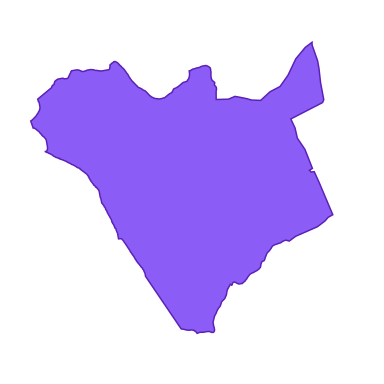 Belen, Heredia, Costa Rica (Robinson projection), rotated 170°
{"feature_id": "36466004B97828735780055", "entity_name": "Belen", "entity_type": "district", "adm_level": 2, "iso_a3": "CRI", "parent_name": "Costa Rica", "parent_adm1": "Heredia", "projection": "robinson", "projection_center": [-84.175, 9.985], "detail": "fine", "context": "isolated", "style": "filled", "palette": "violet", "viewbox_px": 384, "rotation_deg": 170, "n_neighbors": 0, "source": "geoboundaries", "source_scale": "gbopen_adm2", "svg_char_len": 6064}
<svg xmlns="http://www.w3.org/2000/svg" viewBox="0 0 384 384"><g transform="rotate(170 192 192)"><path d="M272.5,158.6L270.0,158.3L269.4,158.1L267.7,155.2L267.4,154.1L266.5,152.7L266.2,151.5L265.8,151.0L265.6,150.5L265.4,150.1L265.3,149.5L264.8,148.5L264.6,147.9L264.0,146.8L263.9,146.2L263.3,145.2L263.1,144.0L262.6,142.9L262.0,141.9L261.6,140.7L261.3,140.4L261.0,139.4L260.7,139.2L260.2,138.1L260.2,137.5L260.0,137.0L259.6,136.6L259.6,136.0L259.2,134.9L258.7,134.6L258.7,134.0L258.3,132.9L257.9,132.4L257.7,131.8L257.4,131.5L257.3,130.9L256.6,130.1L256.2,129.0L255.8,128.6L255.4,127.6L255.1,127.3L255.0,126.7L254.3,126.0L253.9,125.1L253.8,124.4L253.3,123.7L253.1,123.2L253.0,122.0L252.4,120.2L252.4,117.0L226.5,59.2L226.2,58.9L225.6,58.9L225.2,58.6L224.6,58.5L222.6,57.6L222.1,57.5L221.7,57.1L219.5,56.6L219.0,56.3L216.7,56.3L214.8,55.7L214.3,55.3L213.8,55.3L213.5,54.7L212.2,53.4L211.5,51.9L209.0,52.4L207.2,52.3L205.6,51.9L200.7,51.9L198.7,51.4L197.2,50.4L196.1,50.1L195.4,50.1L194.7,50.4L194.0,51.4L193.7,52.3L193.7,55.0L193.9,55.6L193.9,60.0L191.7,65.1L191.0,66.3L189.0,68.8L188.5,69.8L187.1,71.8L185.9,73.1L184.3,74.4L183.1,76.3L182.1,78.4L180.6,79.8L180.1,80.0L178.2,81.4L177.7,82.2L176.1,84.5L174.7,88.4L173.8,90.3L173.6,90.3L170.3,94.4L169.8,93.8L169.0,93.3L168.5,93.8L168.0,95.0L167.6,95.5L166.6,95.9L165.7,95.9L164.7,95.3L163.8,94.5L162.4,93.5L161.5,93.2L158.2,93.2L157.4,93.9L155.9,94.7L154.9,95.3L154.7,95.7L153.4,96.7L151.6,98.8L150.7,99.5L149.6,100.6L149.1,101.0L146.9,101.8L145.8,101.9L145.5,102.2L145.0,102.2L143.5,102.8L141.5,103.4L139.3,104.6L137.7,106.0L137.4,106.6L137.3,107.3L137.0,107.6L136.8,108.7L136.1,109.7L136.0,110.2L135.3,111.0L135.2,111.2L134.3,111.6L133.4,111.7L133.1,112.0L132.8,112.0L132.3,112.6L131.4,114.4L131.4,114.6L130.5,115.9L130.3,116.1L129.6,117.4L128.6,118.9L125.6,121.0L125.0,121.8L124.1,122.5L122.2,124.8L121.9,124.9L119.7,125.7L118.8,125.8L117.9,126.0L117.0,126.0L115.4,126.4L113.8,126.5L112.8,126.9L112.1,127.3L109.7,128.1L107.6,128.2L106.3,127.5L104.7,126.8L97.6,130.4L74.5,136.0L66.0,140.4L62.3,143.4L57.3,145.2L65.2,179.6L68.1,190.8L71.3,191.0L71.9,192.1L72.6,193.0L69.3,194.3L73.4,214.4L78.9,226.7L79.4,237.1L82.0,246.8L47.9,257.4L46.2,260.0L46.4,277.3L45.5,291.7L45.5,299.3L48.2,315.8L47.8,318.6L55.4,314.7L66.6,305.2L77.3,290.2L87.0,280.6L97.7,277.2L108.5,270.3L117.3,272.2L121.6,274.3L128.7,277.1L133.1,278.7L140.0,277.1L152.1,278.9L150.8,286.8L150.0,289.0L149.9,290.7L150.0,291.2L150.5,292.1L151.2,293.0L151.3,293.2L151.3,293.7L150.7,295.3L150.7,296.1L151.1,296.4L151.7,297.3L152.3,297.8L152.8,298.6L152.9,299.1L153.1,299.3L153.1,299.8L153.3,300.8L153.2,303.1L152.7,305.8L152.5,306.5L152.4,310.7L152.8,311.5L153.9,312.7L154.7,313.1L155.5,313.8L156.5,314.2L160.1,314.2L162.1,313.8L162.6,313.4L166.4,313.3L168.2,312.9L170.1,312.9L170.8,312.5L171.5,312.4L172.1,311.8L173.7,311.8L173.9,308.9L174.3,306.9L175.5,304.4L176.0,303.8L176.9,303.0L177.3,302.4L177.3,302.2L178.3,301.8L181.8,301.4L182.3,301.0L183.6,300.5L184.1,299.9L184.9,299.5L185.7,299.1L187.3,298.2L190.0,297.2L191.4,296.9L192.3,296.6L192.7,296.1L193.3,294.9L194.0,294.3L194.3,293.7L194.7,293.6L195.2,293.2L197.0,292.7L202.4,289.7L205.7,289.3L207.9,289.3L209.0,289.5L209.6,289.9L210.3,289.9L212.7,290.8L215.1,292.5L215.5,292.6L215.6,292.9L216.7,294.2L217.0,294.3L218.0,296.1L218.5,296.6L218.8,297.3L220.1,299.2L220.7,299.7L220.9,300.0L222.3,300.8L222.5,301.1L223.1,301.5L223.5,302.2L225.0,303.3L226.9,304.5L227.4,305.5L227.9,306.1L228.0,306.5L228.8,307.3L229.5,308.4L229.6,308.7L229.9,308.9L230.0,309.3L230.5,309.8L230.8,310.5L231.1,310.7L232.5,313.1L232.8,313.8L233.0,314.1L233.4,315.3L233.8,315.9L234.8,319.0L236.0,321.1L236.2,321.8L237.6,324.7L238.1,325.2L238.4,325.9L239.0,326.4L239.4,327.0L239.7,327.7L240.2,328.2L240.3,328.6L241.3,329.6L241.4,330.0L241.7,330.0L241.7,330.4L242.4,331.6L243.4,332.7L245.1,333.9L246.5,333.9L247.2,333.2L247.9,333.1L249.5,332.2L250.0,331.6L250.7,331.4L251.0,329.5L251.2,329.2L251.7,327.7L252.3,327.1L253.0,326.9L260.4,326.9L261.4,327.3L262.2,327.3L262.8,327.7L263.5,327.8L264.5,328.3L265.3,328.3L266.6,328.8L267.8,329.5L270.6,330.2L274.6,330.2L275.2,329.8L276.3,329.8L276.6,329.6L278.1,329.6L279.5,329.8L279.7,330.2L280.3,330.4L281.5,331.3L282.1,331.5L282.4,331.8L283.4,332.1L284.1,332.1L284.5,332.3L289.6,332.3L290.5,331.3L290.6,330.9L292.6,328.3L292.9,327.7L293.0,327.4L293.3,327.2L293.7,326.5L294.4,325.7L294.7,325.7L294.9,325.5L297.5,325.5L298.5,325.9L299.0,326.3L299.3,326.3L299.6,326.5L304.4,326.5L306.4,325.7L306.6,325.4L307.2,325.2L307.7,324.9L308.1,324.4L308.5,323.6L309.0,322.6L309.0,322.2L309.2,321.9L309.8,321.5L310.8,321.3L311.3,320.8L311.8,320.0L311.8,319.7L312.3,319.1L327.9,310.2L327.6,309.0L327.6,307.7L327.1,307.5L327.0,306.9L327.0,301.7L327.3,300.6L327.8,299.6L327.9,299.1L328.9,297.8L329.3,297.5L329.5,297.0L330.1,296.3L331.0,295.5L332.6,293.7L337.0,290.6L338.5,289.9L337.3,282.5L336.5,282.5L334.2,280.4L333.7,279.5L332.5,278.5L331.0,275.7L330.1,274.7L330.0,273.9L328.9,272.5L328.3,272.0L327.0,269.9L326.7,269.0L326.5,268.1L326.5,261.1L326.7,260.1L327.3,258.4L327.9,257.7L328.7,257.3L330.1,257.5L329.4,257.3L328.2,256.2L327.4,256.0L326.0,254.7L325.2,254.4L323.2,252.7L321.9,251.2L320.5,250.2L320.0,249.7L317.9,248.7L317.5,248.2L316.6,248.2L316.3,247.3L315.5,247.0L313.1,245.7L312.4,245.1L310.8,244.2L309.4,242.9L306.4,240.8L305.8,240.1L304.2,239.2L302.0,237.4L300.7,236.0L298.3,234.7L298.2,233.8L297.5,233.3L296.0,231.5L295.3,231.0L294.9,230.4L292.3,227.6L292.0,226.7L291.4,226.0L291.4,225.0L290.9,224.5L290.9,223.5L290.5,222.7L290.3,221.7L289.7,221.0L289.6,220.0L289.1,219.3L287.8,216.7L287.6,215.9L286.9,215.4L286.4,214.6L286.1,213.6L285.3,213.4L285.1,212.6L284.2,211.3L283.5,209.6L283.3,208.7L283.3,202.7L282.9,201.8L282.8,196.8L282.3,196.1L281.9,195.1L281.5,194.6L281.1,193.7L281.0,192.7L280.4,192.0L280.1,191.1L280.1,190.1L279.8,189.3L279.2,188.5L279.2,187.5L279.0,186.6L276.1,178.3L276.1,176.3L275.6,175.8L275.6,174.8L274.7,173.2L274.7,172.2L274.3,171.7L274.3,170.7L274.1,169.8L273.4,169.1L273.2,167.1L272.5,164.2L272.5,158.6Z" fill="#8b5cf6" stroke="#5b21b6" stroke-width="1.5"/></g></svg>